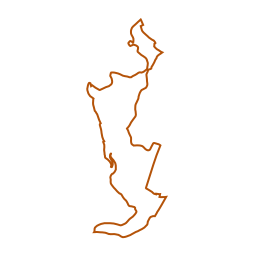 Sibiu, Sibiu, Romania (Mercator projection), rotated 5°
{"feature_id": "2599482B4700394891348", "entity_name": "Sibiu", "entity_type": "district", "adm_level": 2, "iso_a3": "ROU", "parent_name": "Romania", "parent_adm1": "Sibiu", "projection": "mercator", "projection_center": [23.934, 45.655], "detail": "fine", "context": "isolated", "style": "outline", "palette": "amber", "viewbox_px": 256, "rotation_deg": 5, "n_neighbors": 0, "source": "geoboundaries", "source_scale": "gbopen_adm2", "svg_char_len": 5709}
<svg xmlns="http://www.w3.org/2000/svg" viewBox="0 0 256 256"><g transform="rotate(5 128 128)"><path d="M140.7,58.1L140.8,58.5L141.2,59.4L141.7,60.6L141.9,61.0L142.1,61.8L142.1,62.6L142.1,64.0L142.0,64.7L141.9,66.6L141.8,67.6L141.3,68.2L140.0,69.4L138.8,70.5L137.8,71.1L136.6,71.6L135.6,71.5L134.5,71.6L133.3,72.3L132.4,73.1L130.7,74.4L128.2,75.9L127.0,76.9L126.8,77.1L125.7,77.3L124.9,77.3L124.2,77.1L122.8,76.8L120.2,76.6L118.3,76.3L116.3,75.5L115.3,75.1L113.2,74.5L109.8,74.0L108.2,74.0L106.5,74.2L106.1,74.8L105.8,76.9L105.8,77.7L106.3,78.4L107.3,80.0L107.6,80.8L108.1,82.6L108.2,83.7L108.1,84.4L108.0,84.9L107.7,85.6L107.4,86.1L105.3,88.0L102.5,89.2L100.8,90.2L99.1,91.2L96.6,92.6L96.0,92.5L92.1,90.7L88.5,88.5L87.6,89.5L87.1,88.3L86.8,86.9L86.2,86.5L85.9,86.4L85.6,86.4L85.3,86.5L85.0,87.0L84.7,87.7L84.6,88.1L84.4,89.0L84.0,92.6L84.1,93.0L84.2,93.7L84.5,94.6L84.9,95.5L85.4,96.8L85.9,97.6L87.3,99.3L87.7,99.7L88.3,100.0L90.5,101.3L91.1,101.7L90.9,102.5L91.0,106.2L91.3,107.9L92.2,110.3L93.4,113.8L94.3,114.6L95.4,116.2L96.1,117.0L97.0,119.0L98.5,122.4L100.4,125.7L99.7,126.5L99.6,127.3L101.3,131.8L101.8,133.8L102.1,135.3L103.2,139.2L104.5,142.0L105.5,143.3L104.5,144.1L104.9,144.7L105.2,145.6L105.8,146.7L106.1,149.1L106.1,151.3L106.2,152.4L106.8,155.0L107.0,156.4L107.4,157.4L107.6,158.7L107.7,159.1L108.2,159.8L110.5,161.1L111.9,162.3L112.8,163.1L114.2,165.1L114.5,166.2L114.6,167.0L114.6,167.5L114.4,167.8L114.4,168.2L114.6,168.3L115.0,168.4L115.3,168.3L115.6,167.4L115.9,165.9L115.9,164.9L115.3,162.9L113.0,159.4L112.6,158.6L112.5,157.8L112.5,156.4L112.8,155.5L113.0,155.1L113.3,155.1L113.3,155.3L112.9,156.5L113.0,157.3L113.3,158.2L113.7,158.8L114.8,160.0L116.1,161.1L117.7,163.2L118.4,164.2L119.1,166.4L119.5,170.4L118.6,172.7L117.2,174.6L116.2,175.1L115.4,176.2L114.9,177.5L114.7,178.7L115.3,181.0L115.4,183.1L115.7,184.6L116.3,185.6L117.8,187.3L119.1,188.7L120.5,189.9L122.8,192.1L124.6,193.5L125.3,194.0L125.7,194.0L126.1,194.2L126.6,194.4L127.2,194.8L128.3,196.3L129.0,197.3L130.5,199.0L132.3,200.4L133.2,201.5L134.3,203.2L134.9,204.4L135.6,205.2L136.1,205.6L136.8,205.7L138.0,205.7L139.4,205.9L141.2,206.2L141.9,206.7L142.1,207.1L142.1,208.0L142.4,208.6L142.9,209.2L143.2,209.6L143.6,210.2L143.7,210.7L143.5,211.5L142.5,213.3L140.6,215.8L138.8,217.4L138.0,218.1L137.0,219.2L135.8,220.9L134.4,222.7L133.4,223.5L132.2,224.2L130.2,225.3L129.0,225.6L127.8,225.4L126.0,225.0L124.1,224.7L122.1,224.4L118.1,224.4L112.8,224.9L109.6,225.9L107.8,226.8L105.8,228.0L104.2,229.6L103.7,230.4L103.5,231.4L103.6,233.1L103.5,234.3L103.3,234.7L104.9,234.5L105.3,234.4L106.3,234.3L108.1,234.3L109.6,234.3L111.2,234.2L114.3,234.3L115.4,234.5L118.3,235.3L119.2,235.2L119.9,235.3L123.3,234.9L124.2,234.9L126.2,235.1L126.6,235.2L127.3,235.2L128.1,235.4L129.6,236.1L130.6,236.7L132.2,237.2L133.1,237.1L134.3,236.8L135.0,236.6L136.2,236.1L139.7,234.4L140.8,233.6L142.9,232.2L144.8,230.9L146.7,230.0L148.8,228.6L150.8,227.4L153.0,225.7L155.4,222.8L155.7,222.2L155.8,221.3L155.9,219.9L155.9,219.5L156.6,217.8L157.4,215.9L158.0,215.0L158.4,214.6L160.6,213.6L162.0,213.5L162.5,213.5L162.8,213.0L163.1,212.1L163.9,210.6L164.5,209.0L165.4,207.4L166.6,205.0L168.5,201.0L171.6,194.2L172.0,193.3L170.7,193.6L169.2,193.7L168.6,193.8L167.8,193.9L167.1,194.0L166.2,194.0L165.5,193.9L165.4,193.9L165.5,193.2L165.7,191.1L165.3,191.2L163.4,191.1L161.8,191.0L161.8,191.6L161.1,191.5L160.5,191.4L160.3,191.3L159.9,191.3L159.5,191.1L158.7,190.6L158.1,190.1L157.5,189.6L154.0,187.8L152.5,187.1L151.5,186.7L151.1,186.2L156.4,162.5L158.8,152.7L161.8,142.5L161.2,142.1L160.1,141.6L159.4,141.4L158.6,141.3L157.9,141.1L156.7,140.9L155.9,140.7L155.3,140.7L154.8,140.8L154.4,141.2L152.9,144.7L152.3,146.3L151.8,147.5L151.4,147.9L150.7,148.3L149.9,148.5L148.8,148.3L148.3,148.1L147.2,147.5L146.5,146.9L145.5,146.0L144.7,145.4L144.2,145.0L143.4,144.7L142.3,144.5L141.5,144.4L140.2,144.4L138.4,144.5L137.2,144.7L135.7,144.9L135.4,145.0L135.2,145.0L133.7,144.1L133.0,143.5L132.6,142.7L132.3,141.6L132.1,140.2L132.1,139.4L131.9,137.5L131.7,136.9L130.5,134.9L129.9,133.9L129.0,132.2L128.4,130.7L127.6,129.4L127.2,129.0L127.0,128.6L127.9,127.5L129.0,125.8L129.5,124.8L130.6,122.1L131.3,120.9L132.6,118.7L134.4,115.8L134.6,114.9L134.7,114.1L134.5,112.9L134.1,110.7L133.6,109.0L133.5,107.7L133.4,105.2L133.5,104.2L133.7,103.4L134.4,101.6L135.6,98.3L135.8,97.3L135.8,95.9L136.3,93.5L136.8,91.7L137.5,90.2L137.9,89.5L138.1,89.2L138.4,88.9L141.4,87.0L142.2,86.5L142.6,85.9L143.0,85.1L143.3,84.2L143.5,83.4L143.4,82.1L142.9,79.9L142.5,77.2L141.8,73.9L141.7,73.0L142.0,72.0L142.6,70.3L143.0,68.7L143.5,68.0L145.4,67.2L146.0,66.7L146.1,65.5L146.3,64.7L146.9,63.8L148.4,60.4L149.4,57.4L150.2,56.2L150.4,55.0L151.0,53.8L151.8,52.9L152.7,52.1L153.9,51.2L155.6,49.7L154.2,49.2L151.7,47.8L150.1,47.1L148.6,46.0L147.6,45.1L147.0,44.5L147.0,41.8L147.2,41.7L147.5,41.4L147.9,41.0L147.7,40.6L147.4,40.1L146.5,39.1L146.2,38.8L145.7,38.5L144.2,37.9L143.3,37.4L140.9,36.0L139.6,34.9L138.1,33.8L135.1,31.5L134.1,30.5L133.6,29.9L133.3,29.3L131.8,25.4L134.1,24.0L131.5,19.2L131.4,19.1L131.2,18.8L129.2,21.0L128.7,21.5L128.2,22.1L126.4,24.1L124.5,26.1L124.1,26.6L123.6,27.3L123.3,27.7L123.1,28.3L122.7,29.6L122.5,30.9L122.6,32.2L122.8,33.6L123.3,34.7L124.1,35.9L125.1,37.4L125.3,37.9L125.6,38.5L125.7,39.3L125.8,40.3L125.8,41.8L125.8,42.0L125.3,42.5L124.6,41.9L123.7,41.4L122.6,41.2L122.2,41.5L121.1,43.0L121.0,43.6L121.2,44.1L121.8,44.9L122.2,45.5L122.7,45.8L122.9,46.0L123.1,46.1L123.3,46.0L125.3,45.0L125.8,44.7L126.2,44.4L128.9,45.1L130.3,45.9L130.9,46.6L131.0,47.1L131.1,47.4L131.0,48.1L131.0,49.1L130.8,49.7L130.9,50.9L131.1,51.3L132.0,52.0L134.9,54.1L136.9,55.1L139.1,56.4L139.9,57.1L140.2,57.5L140.7,58.1Z" fill="none" stroke="#b45309" stroke-width="2"/></g></svg>